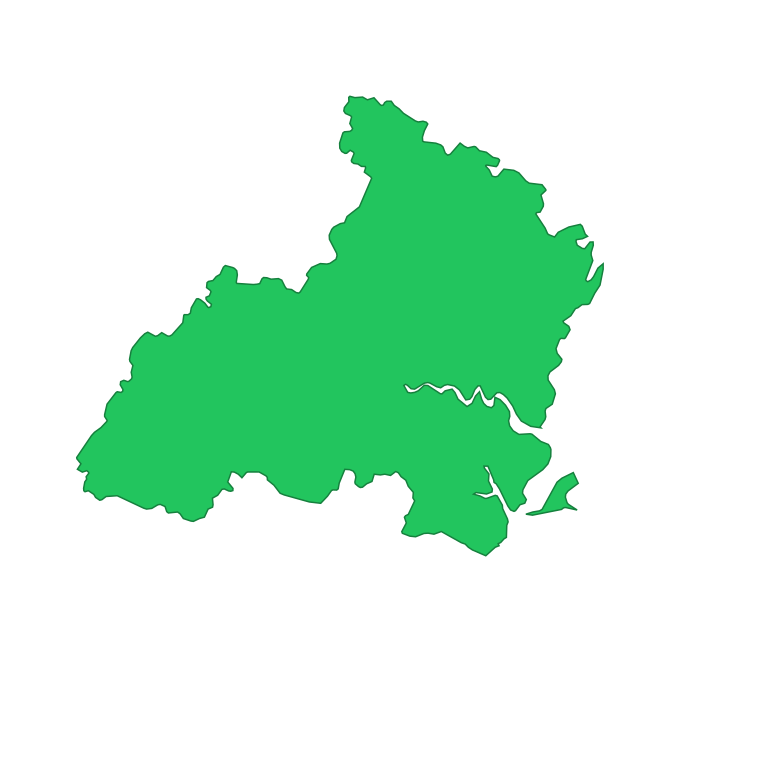 Mykolayiv, orthographic projection, rotated 303°
{"feature_id": "UKR-284", "entity_name": "Mykolayiv", "entity_type": "Region", "adm_level": 1, "iso_a3": "UKR", "parent_name": "Ukraine", "parent_adm1": "", "projection": "orthographic", "projection_center": [31.887, 47.325], "detail": "fine", "context": "isolated", "style": "filled", "palette": "green", "viewbox_px": 768, "rotation_deg": 303, "n_neighbors": 0, "source": "natural_earth", "source_scale": "10m", "svg_char_len": 6172}
<svg xmlns="http://www.w3.org/2000/svg" viewBox="0 0 768 768"><g transform="rotate(303 384 384)"><path d="M432.7,539.5L428.4,530.1L427.7,519.4L430.9,511.4L435.6,504.0L439.3,494.9L440.2,489.8L440.0,485.9L438.1,483.4L429.4,481.8L427.6,479.7L428.2,476.3L434.8,465.7L433.7,463.9L428.9,463.2L421.3,464.6L418.0,464.2L415.2,461.3L420.1,450.5L420.7,444.2L418.2,437.6L415.7,435.3L411.7,433.6L410.4,429.7L409.8,422.1L409.1,420.0L406.7,417.4L396.4,412.5L394.8,409.3L395.7,404.2L395.5,402.3L393.6,401.4L389.9,408.4L391.0,411.3L393.7,414.3L397.1,416.5L404.9,418.5L406.6,421.6L406.5,436.5L407.3,438.0L411.6,439.0L416.8,443.9L415.4,448.3L411.6,454.3L410.3,465.9L415.8,468.4L423.7,467.3L429.5,468.3L424.4,474.2L422.0,478.2L421.2,482.5L422.6,487.0L425.8,487.9L433.3,484.3L434.1,489.8L432.4,497.5L429.2,504.2L425.4,507.1L421.0,508.5L417.3,512.2L415.1,517.8L415.2,524.6L421.8,533.6L422.5,535.4L421.2,546.7L422.8,554.8L421.2,558.2L419.9,559.7L413.9,563.4L406.2,565.0L398.6,563.8L381.4,557.2L370.9,558.1L367.8,559.7L364.6,566.3L360.7,567.0L356.8,563.8L349.4,563.3L348.0,562.4L347.3,558.8L349.1,554.4L358.9,538.0L361.4,532.5L361.4,529.9L363.5,528.0L371.7,515.9L369.6,512.6L368.1,514.1L365.7,521.0L359.5,524.5L354.9,532.1L352.3,533.4L347.6,529.9L343.1,520.3L340.4,519.1L342.4,525.6L343.0,531.0L344.1,532.5L351.2,537.9L351.8,539.8L346.9,549.2L344.1,551.4L338.1,561.0L335.9,563.2L332.4,563.9L322.0,570.2L319.5,569.0L314.6,568.2L312.3,566.7L311.0,568.6L307.7,566.2L295.4,562.9L293.0,548.6L293.0,543.8L294.0,539.3L293.0,535.2L291.5,512.4L285.3,507.7L282.9,502.2L280.4,498.9L273.1,493.7L270.5,488.6L268.8,480.7L269.9,479.3L279.6,478.4L283.4,473.7L285.2,473.8L287.9,475.4L302.7,473.4L304.2,470.3L309.1,467.6L311.4,460.1L315.2,454.7L315.6,448.8L317.4,444.4L317.0,441.5L310.9,439.3L308.8,433.8L305.8,430.5L303.0,424.9L295.7,427.0L290.9,423.8L285.8,422.2L284.3,420.5L284.1,418.4L284.7,414.2L285.9,413.0L290.6,411.1L293.0,408.6L294.2,405.6L293.5,401.9L291.1,397.6L276.5,400.4L271.1,402.7L269.3,402.1L267.4,398.9L266.1,398.0L259.1,397.7L249.5,395.9L244.4,385.6L236.6,360.7L235.8,356.4L239.2,346.8L240.1,338.4L242.1,337.0L242.7,335.1L242.2,327.2L236.0,317.6L234.8,316.8L228.0,315.9L229.0,310.9L228.6,306.4L227.2,303.8L216.7,306.3L214.2,314.2L212.3,315.3L210.6,313.9L209.7,311.9L209.0,307.2L207.4,305.5L200.1,305.1L194.8,302.3L189.6,306.4L187.3,307.3L183.3,304.6L174.5,305.9L170.7,302.5L165.0,299.0L163.9,296.7L161.9,289.0L164.1,283.6L164.2,280.6L158.4,273.4L158.6,271.3L162.0,267.1L161.2,261.9L159.5,260.1L153.2,257.0L149.8,253.0L149.0,250.1L145.0,221.1L138.3,212.2L133.3,210.4L131.7,208.9L131.8,203.9L133.4,200.8L133.5,194.2L130.8,191.9L131.0,190.4L132.9,188.9L138.9,186.4L142.2,186.5L144.0,184.7L148.5,185.0L149.1,184.3L149.4,181.9L145.8,179.0L145.5,173.3L152.0,173.3L154.0,167.2L155.0,166.3L181.5,166.8L185.8,167.5L193.3,170.4L201.6,171.9L202.7,171.6L204.6,167.4L206.1,166.4L216.3,162.7L230.8,163.9L232.2,164.5L233.7,168.1L235.5,168.8L237.2,168.1L239.7,163.2L242.5,161.9L245.4,163.8L246.3,167.5L247.2,168.5L250.8,169.5L252.6,169.0L256.2,165.6L262.8,163.3L264.6,158.6L266.0,157.2L274.2,153.8L277.8,153.4L290.1,154.6L295.9,156.0L298.8,157.7L299.5,166.3L301.3,167.9L306.0,169.6L306.4,176.6L307.5,178.2L309.7,179.4L325.8,181.9L332.7,178.6L333.5,178.9L335.5,182.0L337.9,183.0L343.0,180.9L353.2,180.4L354.3,181.6L354.7,184.3L354.2,189.7L352.5,194.4L352.6,195.3L354.5,196.7L356.9,195.8L357.4,190.7L358.3,188.5L359.8,187.5L362.8,189.5L367.1,188.7L367.9,187.3L368.2,182.7L372.6,180.4L374.4,180.9L377.6,184.2L382.7,184.8L386.6,186.8L394.5,185.7L396.9,186.4L399.3,193.8L399.5,195.7L398.8,198.8L395.6,201.6L388.8,204.7L388.2,205.8L396.3,220.3L398.5,223.1L400.5,225.1L405.8,224.4L407.7,225.0L409.3,227.9L410.4,232.2L414.9,238.1L415.4,241.7L411.7,247.9L410.7,250.6L412.9,255.1L412.8,260.4L413.8,263.0L415.7,263.6L430.8,263.4L432.3,262.8L433.0,259.9L434.2,259.3L442.3,259.8L450.3,265.0L453.5,270.8L455.8,273.0L462.5,275.8L465.9,274.8L467.8,273.2L475.6,259.5L479.0,257.0L485.2,256.0L488.1,256.4L494.7,260.0L497.7,263.1L504.3,261.8L519.2,266.9L549.8,261.6L550.5,260.1L551.0,252.1L555.2,250.9L556.2,249.9L554.2,246.5L554.3,242.3L552.5,238.5L552.7,235.9L553.8,234.8L561.0,233.4L561.8,232.0L561.6,228.3L557.2,227.0L556.2,225.7L556.0,221.9L557.7,218.5L561.8,215.6L572.2,212.8L573.9,213.4L577.3,217.8L579.2,218.7L581.2,218.5L583.8,213.5L590.3,211.4L590.8,209.9L589.9,204.3L591.1,201.6L594.3,200.2L601.6,200.8L605.2,198.3L606.7,198.7L608.3,203.6L613.0,209.8L613.3,215.3L618.6,219.7L616.2,228.6L616.2,230.1L617.6,231.5L620.4,231.3L622.7,232.3L625.1,236.1L623.2,240.9L623.0,246.8L621.6,252.9L621.7,267.1L622.4,270.0L625.6,273.6L626.6,276.9L625.9,279.1L618.4,279.9L611.9,281.8L608.7,284.2L608.9,285.8L614.2,296.3L615.4,301.4L615.0,304.2L611.0,309.6L610.6,312.8L612.9,314.5L627.5,316.6L627.1,321.9L627.6,325.6L632.3,330.2L632.8,331.7L631.6,337.0L634.1,343.6L633.4,351.9L635.2,356.8L634.9,358.6L634.2,359.3L629.3,360.1L627.4,359.7L623.7,351.1L622.7,350.3L622.1,350.7L620.8,355.7L617.2,361.5L618.3,364.5L620.2,366.3L629.5,367.5L633.9,376.5L634.5,382.2L631.6,392.3L631.5,396.4L637.2,408.0L635.2,413.8L634.5,414.3L628.0,412.7L622.0,419.6L619.8,420.8L613.2,421.3L610.8,418.6L609.3,418.7L602.5,434.2L599.1,439.4L599.0,441.1L600.2,447.0L606.2,447.5L616.3,453.5L624.8,461.7L624.3,464.3L619.3,471.1L618.7,474.3L613.9,471.3L609.8,466.7L608.1,467.4L605.6,470.5L605.7,476.4L606.8,478.7L615.3,479.5L617.0,482.0L614.3,484.0L607.2,486.1L605.0,487.5L601.2,491.9L581.5,496.2L580.7,497.4L580.8,499.2L584.1,501.0L588.2,501.3L597.7,500.3L604.2,502.3L599.6,505.3L584.6,511.3L574.8,511.3L563.5,512.6L561.8,511.6L558.4,506.8L553.6,505.1L551.5,503.5L543.1,503.5L534.2,499.9L533.2,501.5L533.0,507.6L530.8,510.5L521.5,511.0L520.3,510.5L518.7,507.6L517.0,507.0L507.3,509.0L504.0,512.6L501.6,519.7L499.3,520.6L494.8,520.3L484.5,516.6L480.2,517.0L476.7,519.5L472.0,530.0L469.1,533.1L458.7,536.1L451.6,533.1L449.0,533.9L444.6,537.5L441.9,538.4L433.0,538.2L432.7,539.5ZM406.5,601.0L394.5,596.6L390.6,596.4L387.8,597.8L384.2,602.1L383.5,604.1L383.5,614.6L379.4,603.7L378.1,602.1L375.5,601.2L354.9,580.0L352.1,573.9L357.7,578.5L362.4,583.6L365.0,584.9L395.9,582.6L401.9,584.5L412.8,591.0L406.5,601.0Z" fill="#22c55e" stroke="#15803d" stroke-width="1.5"/></g></svg>